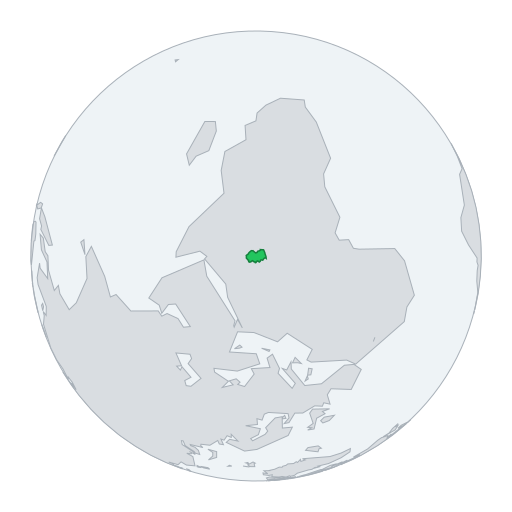 South Kordufan highlighted on a globe, orthographic projection, rotated 184°
{"feature_id": "SDN-882", "entity_name": "South Kordufan", "entity_type": "State", "adm_level": 1, "iso_a3": "SDN", "parent_name": "Sudan", "parent_adm1": "", "projection": "orthographic", "projection_center": [29.886, 11.03], "detail": "fine", "context": "on_globe", "style": "filled", "palette": "green", "viewbox_px": 512, "rotation_deg": 184, "n_neighbors": 0, "source": "natural_earth", "source_scale": "10m", "svg_char_len": 9742}
<svg xmlns="http://www.w3.org/2000/svg" viewBox="0 0 512 512"><g transform="rotate(184 256 256)"><circle cx="256" cy="256" r="225" fill="#eef3f6" stroke="#a8b0b8"/><path d="M197.4,38.5L190.8,40.4L190.2,40.6L197.4,38.5ZM189.3,40.8L188.0,41.2L186.2,41.8L189.3,40.8ZM185.2,42.1L186.3,41.8L178.4,44.5L186.0,42.0L179.5,44.4L174.3,46.2L175.2,45.7L174.6,45.9L185.2,42.1ZM136.3,65.2L136.8,64.8L145.3,59.8L147.9,58.4L156.5,54.0L154.8,55.2L148.5,59.1L141.3,63.0L138.4,65.1L144.8,62.2L131.2,71.3L121.7,80.7L118.2,83.5L111.9,86.1L112.7,83.0L104.7,89.1L109.4,86.1L100.6,94.0L99.0,96.0L99.2,96.5L102.4,94.1L99.3,97.3L93.4,100.8L96.1,97.9L98.0,96.6L98.3,95.6L94.3,99.2L107.4,86.7L121.4,75.4L136.3,65.2ZM93.6,99.9L90.1,103.6L93.6,99.9ZM34.8,213.3L34.8,213.6L34.5,214.9L34.8,213.3ZM34.0,217.4L32.2,235.2L34.0,246.4L34.3,256.9L33.8,262.2L35.2,265.5L35.3,269.4L44.8,281.9L52.6,295.1L54.3,308.6L51.7,321.3L58.6,351.7L56.5,357.5L62.1,369.5L69.2,381.9L60.1,367.2L52.2,351.9L45.4,336.1L39.9,319.8L35.7,303.1L32.7,286.1L31.1,268.9L30.8,251.7L31.7,234.5L34.0,217.4ZM156.8,53.7L156.6,53.9L155.1,54.6L156.8,53.7ZM161.2,51.7L160.7,51.9L160.2,52.1L161.2,51.7ZM172.2,46.9L162.3,51.2L163.1,50.8L172.2,46.9ZM206.4,36.2L205.9,36.4L204.0,36.8L200.5,37.7L206.4,36.2ZM202.5,37.2L205.2,36.6L202.0,37.5L198.5,38.2L202.5,37.2ZM192.1,41.2L193.3,40.5L196.8,39.5L192.1,41.2ZM206.4,36.4L207.5,36.1L209.0,35.8L210.1,35.7L206.4,36.4ZM219.1,33.8L222.3,33.3L222.6,33.2L216.5,34.2L217.7,34.0L219.1,33.8ZM215.8,34.7L207.1,36.6L204.1,37.9L200.8,38.7L206.2,36.6L215.8,34.7ZM216.7,34.3L215.4,34.6L212.0,35.2L210.8,35.3L216.7,34.3ZM229.8,32.2L229.1,32.3L229.3,32.3L229.8,32.2ZM215.6,34.9L217.8,34.5L215.8,34.9L215.6,34.9ZM225.7,32.9L227.5,32.6L225.7,32.9ZM222.0,33.9L219.2,34.4L218.2,34.4L222.0,33.9ZM224.2,33.3L226.6,33.0L219.6,34.0L224.0,33.3L224.2,33.3ZM227.4,32.7L228.4,32.5L227.1,32.8L227.4,32.7ZM227.1,34.0L218.4,35.2L216.4,35.0L225.1,33.7L227.1,34.0ZM377.8,66.5L381.5,68.9L381.3,68.8L396.0,79.5L409.9,91.5L422.7,104.5L427.6,110.2L431.3,114.5L439.5,125.3L440.7,127.0L434.8,119.1L432.6,116.7L428.9,112.1L431.3,116.5L426.1,110.1L430.5,117.3L434.8,122.1L434.7,120.1L440.7,129.9L447.6,138.5L454.4,150.2L463.2,173.1L463.1,181.7L464.4,185.8L461.2,182.1L461.7,191.1L471.4,212.3L472.8,219.1L471.4,233.8L470.5,228.8L462.2,218.9L464.1,235.5L470.5,247.2L472.9,262.6L469.4,259.0L466.6,245.6L463.6,241.7L462.0,227.4L454.8,207.5L451.1,212.9L449.0,204.6L438.6,189.4L432.0,196.8L423.0,221.8L425.7,243.5L420.9,254.1L405.5,225.1L398.4,205.0L392.9,207.8L377.0,192.4L349.7,194.4L345.8,189.4L340.7,192.4L329.4,188.1L323.4,179.9L316.6,181.0L332.8,202.5L340.0,201.5L346.0,192.3L349.1,200.2L360.0,206.6L348.3,227.7L307.7,248.5L303.7,232.4L272.4,189.9L273.4,185.0L273.2,184.5L272.8,183.5L270.0,191.5L264.6,183.3L281.4,212.8L284.2,225.9L307.1,249.5L305.0,252.2L312.3,256.9L335.8,249.2L335.9,254.7L324.9,280.6L292.3,316.4L296.7,338.9L294.3,358.1L274.1,371.3L276.0,385.5L265.5,390.8L264.9,398.7L256.6,407.2L242.6,415.1L218.8,415.0L217.2,408.0L205.2,393.8L188.4,358.7L194.3,342.6L192.2,329.8L175.0,300.5L178.7,284.6L174.1,277.6L164.7,278.8L159.4,270.5L153.7,270.0L118.1,273.1L107.5,261.6L95.3,227.9L101.9,215.7L103.5,200.9L149.0,155.1L158.3,158.5L193.6,154.0L198.0,155.9L193.4,166.8L219.5,181.1L228.5,171.9L252.7,179.5L269.1,179.1L275.8,158.4L248.9,158.5L244.7,148.7L266.6,139.9L290.1,141.0L289.2,137.3L274.8,129.1L280.5,122.5L269.8,125.9L273.9,129.6L267.2,132.1L263.1,129.0L265.3,126.6L258.3,125.0L249.6,138.1L252.8,143.3L234.3,145.7L237.8,154.9L232.7,159.2L224.7,145.5L225.8,140.5L210.7,126.5L207.9,131.7L222.0,145.7L217.4,144.5L213.7,152.9L212.9,145.7L198.3,130.2L181.8,133.1L160.2,153.2L150.7,154.7L143.1,150.2L151.7,129.5L171.9,128.8L175.2,122.5L171.8,113.4L178.2,114.3L179.3,110.8L187.0,110.6L198.4,102.6L206.3,102.0L211.5,92.1L216.2,90.8L211.8,96.8L213.0,101.0L232.7,100.8L236.7,98.8L238.5,92.7L243.7,93.8L242.8,88.0L254.5,86.0L239.6,84.0L241.2,77.9L248.6,73.5L246.5,71.4L234.5,78.7L232.1,82.1L234.4,85.4L225.6,95.8L218.7,97.5L217.7,86.2L207.8,87.8L211.4,79.2L241.6,63.1L253.8,60.6L272.7,68.0L269.5,71.3L261.1,70.1L268.3,76.4L268.0,73.3L272.3,74.7L275.0,70.1L278.2,70.9L275.3,65.5L279.5,65.9L281.3,69.3L288.8,64.0L297.8,64.4L297.9,62.9L295.6,61.2L308.5,63.4L308.0,62.3L303.6,61.0L299.9,58.1L298.3,54.1L302.8,55.1L304.0,56.6L313.4,61.9L315.8,66.5L317.5,66.6L316.5,62.8L305.1,56.4L302.8,53.8L308.8,56.3L306.4,55.2L306.7,54.2L311.3,54.4L305.0,51.5L302.2,42.4L310.8,42.6L316.4,45.4L319.2,42.4L328.7,44.4L324.6,43.0L323.2,41.6L320.2,40.9L318.2,40.2L314.4,38.4L331.0,43.6L347.2,50.0L362.8,57.7L377.8,66.5ZM133.0,178.9L131.7,183.2L133.0,178.9ZM315.0,153.4L329.1,153.7L322.6,141.3L327.5,140.6L323.5,136.9L322.1,140.4L312.4,130.5L318.4,126.8L316.6,121.8L311.8,121.5L302.3,130.1L316.2,143.9L313.1,149.2L315.0,153.4ZM34.8,213.6L34.2,216.6L34.3,215.9L34.8,213.6ZM101.0,93.8L101.4,93.6L100.9,94.8L99.6,95.6L101.0,93.8ZM107.7,93.5L102.5,98.8L105.3,95.3L102.5,97.0L105.0,92.3L116.5,84.6L110.9,88.7L107.7,93.5ZM111.4,84.8L108.6,88.0L111.2,84.8L111.4,84.8ZM177.7,94.1L180.0,96.2L176.7,100.0L166.7,102.6L171.4,97.0L177.7,94.1ZM184.2,98.4L186.0,87.5L192.3,86.0L188.5,88.6L192.5,88.7L187.3,93.0L191.5,103.0L188.9,107.2L171.9,108.7L178.9,105.6L176.1,103.5L184.2,98.4ZM179.7,68.1L180.5,65.0L193.0,65.6L190.8,68.5L180.7,70.9L177.4,68.8L179.7,68.1ZM172.6,47.5L172.1,47.4L173.9,46.7L175.8,46.2L172.6,47.5ZM192.4,40.9L176.5,47.5L175.2,47.6L167.5,52.2L161.0,54.4L166.2,51.2L155.4,56.8L157.5,54.8L150.6,58.8L162.8,51.4L164.2,50.4L165.1,50.6L171.1,48.4L174.1,47.2L183.7,43.3L189.7,40.8L196.5,38.8L199.8,38.2L199.4,38.4L195.1,39.5L197.6,39.2L191.1,41.0L192.4,40.9ZM233.9,40.1L229.1,39.7L233.1,42.3L226.6,42.9L227.5,43.1L222.5,44.6L218.1,47.0L215.2,47.1L214.7,48.1L211.4,49.3L209.8,50.8L204.0,51.6L201.5,53.6L200.2,52.9L197.5,56.2L196.9,54.2L192.6,56.0L195.5,57.0L168.2,61.1L157.3,65.4L148.4,70.5L148.6,67.2L157.0,60.7L169.2,54.0L179.7,50.7L177.9,50.2L182.4,48.6L181.9,49.6L185.3,47.1L188.9,46.2L199.7,42.2L202.3,39.9L206.3,38.6L207.1,39.1L210.6,37.6L214.7,37.9L217.7,37.1L224.8,37.0L224.5,38.9L227.9,38.0L233.4,38.3L233.9,40.1ZM228.9,33.9L230.1,35.3L227.1,36.5L216.0,36.4L212.8,37.0L205.6,37.7L210.1,36.1L211.7,36.0L214.4,35.5L211.9,36.2L215.9,35.4L218.2,35.3L222.0,34.8L221.3,35.3L228.9,33.9ZM203.3,151.9L206.7,152.4L212.1,152.0L209.9,157.6L203.3,151.9ZM193.0,141.3L196.2,140.7L195.7,147.7L192.1,147.4L193.0,141.3ZM198.3,134.7L196.4,140.1L195.3,137.0L198.3,134.7ZM214.8,96.1L218.2,95.4L218.4,96.8L216.3,99.0L214.8,96.1ZM244.6,50.3L242.3,49.3L243.4,48.8L242.5,45.8L247.3,45.5L249.7,47.1L244.6,50.3ZM271.0,162.0L266.0,166.0L263.6,164.1L265.8,163.0L271.0,162.0ZM236.3,161.7L244.0,164.4L235.6,163.3L236.3,161.7ZM249.7,49.5L248.8,48.2L251.7,48.9L249.7,49.5ZM250.8,45.2L254.3,45.6L247.8,45.1L250.8,45.2ZM349.8,444.1L350.4,445.9L347.3,446.5L349.8,444.1ZM332.4,353.0L316.4,386.6L305.9,387.3L304.3,377.9L310.4,357.8L322.7,351.4L328.9,341.9L332.4,353.0ZM478.5,291.3L478.2,293.1L478.6,290.6L478.7,290.3L478.5,291.3ZM478.3,291.3L474.6,294.5L472.5,293.1L473.6,289.0L477.0,287.7L478.3,291.3ZM473.4,289.0L469.4,280.5L459.9,252.7L463.4,252.1L472.5,267.5L472.0,271.0L474.5,278.1L473.4,289.0ZM480.8,264.2L480.2,274.3L478.8,275.3L477.8,274.5L477.2,262.6L477.6,255.9L478.6,255.4L479.4,231.4L480.3,235.7L480.7,245.5L481.2,253.2L480.8,264.2ZM426.7,245.4L431.8,257.6L428.8,260.3L426.7,245.4ZM477.5,215.6L478.6,225.8L476.9,212.7L477.5,215.6ZM475.1,203.7L476.1,208.2L475.1,204.2L475.1,203.7ZM466.5,192.0L465.5,193.8L464.4,190.6L464.9,186.5L466.5,192.0ZM459.6,160.4L463.6,169.5L464.9,172.7L462.5,167.5L459.6,160.4ZM289.2,49.3L285.2,53.4L285.4,57.0L290.5,59.9L281.6,58.1L281.2,52.3L289.2,49.3ZM300.2,42.9L295.7,41.1L298.7,41.3L300.1,41.7L300.2,42.9ZM296.7,42.3L289.2,41.5L287.3,40.1L293.6,41.0L296.7,42.3ZM269.4,44.3L267.9,45.4L265.5,44.7L269.4,44.3ZM454.2,363.0L457.0,357.7L457.0,357.8L463.0,344.8L464.4,341.5L454.2,363.0ZM480.7,272.6L481.0,267.6L481.3,255.5L481.3,254.9L480.7,272.6ZM477.3,213.6L476.3,209.0L477.3,213.6ZM475.1,203.8L474.7,202.5L469.6,185.2L469.5,184.2L473.4,197.1L474.4,200.6L475.1,203.8ZM316.6,39.9L314.0,39.1L315.6,39.3L316.6,39.9ZM307.7,37.1L307.7,37.4L305.8,36.6L307.7,37.1ZM308.1,38.3L306.8,37.3L310.8,38.9L308.1,38.3Z" fill="#d9dde1" stroke="#a8b0b8" stroke-width="1"/><path d="M264.4,252.2L265.5,253.3L265.5,253.8L265.5,254.5L265.5,254.9L265.6,255.1L265.8,255.7L265.8,255.8L264.8,256.7L263.9,257.4L263.9,257.5L263.6,258.2L263.4,258.5L262.9,259.2L262.1,260.0L261.2,260.9L261.0,261.0L260.1,261.0L259.7,261.0L259.4,261.1L258.3,260.2L257.4,259.6L256.5,259.0L256.3,259.1L255.3,259.6L255.1,259.7L255.0,259.8L254.9,260.4L254.8,260.7L254.4,261.0L253.5,261.2L253.1,261.4L252.6,261.6L252.2,261.9L252.0,262.1L251.9,262.3L251.9,262.5L252.0,262.7L250.4,262.7L248.9,262.7L248.7,262.4L248.3,261.6L248.0,261.0L247.4,259.8L247.4,259.5L246.0,256.1L245.8,255.0L245.8,254.9L245.7,254.4L246.0,254.6L246.3,254.7L246.7,254.7L247.0,254.7L247.4,254.5L247.5,254.4L247.7,254.2L247.9,253.9L248.2,253.7L248.3,253.6L248.4,253.3L248.6,253.0L248.7,252.7L248.8,252.5L248.9,252.4L249.0,252.3L249.4,252.4L249.6,252.4L249.8,252.4L250.0,252.5L250.4,252.5L250.8,252.4L251.0,252.3L251.2,252.1L251.2,251.8L251.3,251.4L251.4,251.1L251.5,250.9L251.8,250.7L252.0,250.5L252.1,250.3L252.2,250.2L252.4,250.2L252.5,250.3L252.8,250.5L253.0,250.7L253.3,250.8L253.5,251.0L253.9,251.1L254.0,251.0L254.3,251.0L254.5,251.1L255.6,249.5L255.7,249.4L255.8,249.3L256.0,249.3L256.3,249.3L256.5,249.5L256.5,250.0L257.7,250.2L258.0,250.2L258.1,250.3L258.6,250.8L258.8,251.0L259.0,251.1L259.3,251.1L259.6,250.8L259.6,250.7L260.0,250.6L260.2,250.4L260.3,250.3L260.5,250.0L260.6,249.9L260.8,249.7L261.1,249.8L261.3,249.8L261.4,249.7L261.9,249.4L262.0,249.4L262.9,249.8L263.1,251.2L263.2,251.3L263.3,251.3L263.6,251.4L263.8,251.5L264.4,252.2Z" fill="#22c55e" stroke="#15803d" stroke-width="1.5"/></g></svg>